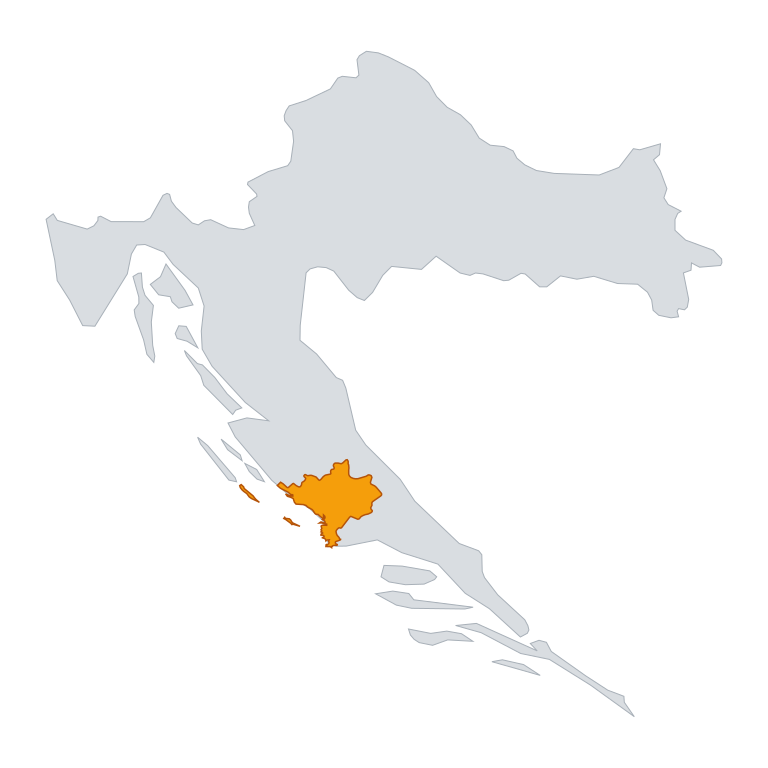 Šibensko-Kninska highlighted on a map of Croatia
{"feature_id": "HRV-1491", "entity_name": "Šibensko-Kninska", "entity_type": "County", "adm_level": 1, "iso_a3": "HRV", "parent_name": "Croatia", "parent_adm1": "", "projection": "orthographic", "projection_center": [15.941, 43.766], "detail": "fine", "context": "in_parent", "style": "filled", "palette": "amber", "viewbox_px": 768, "rotation_deg": 0, "n_neighbors": 0, "source": "natural_earth", "source_scale": "10m", "svg_char_len": 7286}
<svg xmlns="http://www.w3.org/2000/svg" viewBox="0 0 768 768"><path d="M53.2,213.8L57.3,220.4L87.2,229.1L93.9,225.8L97.9,220.5L98.0,217.1L100.6,216.2L111.1,221.6L143.7,221.7L150.4,217.8L163.0,195.3L167.0,193.4L169.6,194.4L171.4,201.2L176.0,207.5L192.2,223.0L198.3,224.9L204.5,220.8L210.7,219.7L228.5,227.9L243.6,229.6L254.8,225.5L249.3,213.3L248.5,207.1L249.3,201.7L257.0,196.4L256.6,194.0L247.5,184.5L248.0,182.1L268.2,171.6L287.7,165.7L290.8,161.2L293.6,141.3L292.5,130.7L284.7,120.8L284.2,115.8L286.1,110.6L289.2,105.9L306.0,100.5L330.4,88.9L337.8,78.1L342.3,76.3L356.0,77.8L358.9,75.1L357.0,59.7L359.4,55.7L366.4,51.3L378.4,52.9L388.4,56.9L414.6,70.3L428.7,82.7L436.6,96.6L447.2,107.3L460.5,114.8L471.2,125.0L479.2,138.1L490.2,145.2L504.1,146.6L513.1,150.9L516.9,158.2L524.7,164.8L536.3,170.5L554.2,173.4L599.2,175.0L619.0,167.4L633.4,148.7L639.8,149.8L660.5,143.8L659.5,154.7L653.5,159.8L660.2,170.7L666.9,188.7L663.9,197.8L668.2,204.6L681.1,211.2L677.7,213.4L675.0,219.4L675.0,230.3L685.6,240.1L713.3,250.3L721.6,259.0L721.9,262.8L720.6,265.5L699.6,267.2L691.5,262.9L691.0,270.2L683.4,272.9L688.7,299.4L687.3,307.1L684.5,309.8L678.6,308.6L677.1,311.2L678.6,316.8L671.0,317.8L658.8,315.3L653.1,310.3L651.7,300.1L647.5,292.2L637.6,284.2L617.5,283.5L593.8,276.3L576.9,279.2L560.5,275.9L546.8,286.8L539.6,286.8L525.2,274.0L521.0,273.3L508.8,280.2L503.7,280.7L483.0,273.9L475.5,273.0L470.0,275.4L460.1,273.0L436.1,256.2L421.5,269.4L391.6,266.4L382.7,275.4L372.6,292.4L364.4,300.5L357.2,297.6L348.7,290.2L333.8,271.1L326.2,267.6L317.6,266.8L310.1,268.9L306.1,272.8L300.2,325.5L300.0,340.3L316.6,354.0L336.3,377.6L342.6,380.3L345.8,388.0L355.7,430.2L365.8,445.0L400.2,479.3L414.8,501.2L459.2,543.5L478.7,550.8L481.8,554.7L482.2,571.4L484.5,577.6L497.7,594.8L524.8,619.8L527.9,625.7L528.9,630.0L527.3,633.3L520.4,637.0L489.4,608.7L465.2,593.3L437.9,564.1L401.9,552.7L377.3,539.9L346.2,546.1L336.1,546.2L329.0,543.9L323.9,535.9L323.8,521.5L309.5,508.6L290.0,496.2L271.7,480.2L235.2,436.9L228.0,423.0L246.9,417.9L268.7,420.8L245.3,402.5L212.1,366.3L202.2,349.2L201.3,331.0L204.1,306.0L198.3,288.0L173.1,264.4L163.9,252.1L145.1,244.5L136.7,245.0L131.4,254.0L127.3,273.9L94.9,326.2L82.7,325.6L69.7,300.1L57.2,280.6L54.8,260.4L46.1,219.3L53.2,213.8ZM623.9,696.3L624.3,702.3L634.3,716.7L590.5,685.1L549.4,659.4L520.7,653.5L481.2,632.7L455.6,625.5L476.4,623.4L537.2,650.9L530.3,643.5L539.0,640.3L546.4,642.3L551.3,651.5L585.8,675.9L607.8,690.2L623.9,696.3ZM154.8,356.1L153.8,362.4L146.9,354.3L143.6,339.8L135.2,316.5L134.2,309.9L138.9,303.5L138.8,297.0L133.0,276.5L138.3,273.3L141.4,273.0L142.4,287.1L145.0,295.3L153.4,305.4L151.3,321.9L152.7,345.4L154.8,356.1ZM193.0,304.9L178.7,308.2L172.0,301.8L170.3,296.7L158.7,294.8L150.3,284.4L160.5,276.7L166.0,264.0L185.0,290.3L193.0,304.9ZM424.1,584.1L405.4,584.7L389.0,581.9L381.0,576.8L384.0,565.4L402.1,566.1L429.8,570.9L436.7,576.8L434.6,579.5L424.1,584.1ZM473.1,607.2L464.8,609.0L411.7,608.3L396.3,605.1L375.6,593.8L392.8,591.1L408.8,593.5L413.8,599.8L473.1,607.2ZM235.7,410.2L232.7,414.5L203.8,385.3L200.7,375.6L186.5,355.8L184.4,350.5L197.4,363.6L202.4,364.9L214.8,377.5L227.1,393.8L241.8,407.9L235.7,410.2ZM408.5,629.0L430.7,633.4L446.8,631.1L461.5,633.7L472.9,641.3L447.7,639.9L432.6,645.3L419.2,642.6L414.1,639.3L410.4,635.0L408.5,629.0ZM235.2,477.7L236.6,481.8L228.9,480.1L200.6,444.1L197.6,437.2L207.7,445.6L235.2,477.7ZM186.2,326.4L197.8,347.8L187.0,341.2L177.2,338.5L175.2,333.6L178.8,325.8L186.2,326.4ZM523.6,664.6L540.2,675.4L491.9,661.7L502.4,659.8L523.6,664.6ZM256.7,469.5L264.4,481.7L257.0,479.1L249.3,471.6L244.8,463.4L256.7,469.5ZM240.3,454.9L242.1,460.7L227.6,449.7L221.1,439.1L240.3,454.9Z" fill="#d9dde1" stroke="#a8b0b8" stroke-width="1"/><path d="M332.2,546.5L331.6,546.5L331.6,547.6L330.2,546.6L327.5,546.6L326.7,545.4L326.6,545.7L326.6,546.1L326.5,546.5L325.9,546.5L326.1,544.7L326.7,544.4L327.7,544.4L328.7,543.7L329.1,542.7L328.8,541.9L328.6,541.0L329.2,539.8L327.2,540.0L326.5,540.3L325.9,540.9L325.5,539.3L324.5,538.5L321.8,537.6L323.8,537.3L324.1,536.2L323.0,535.2L321.0,535.2L321.0,534.2L321.5,533.9L322.1,533.4L322.6,533.0L321.5,532.1L321.0,531.9L321.8,530.9L321.0,529.8L321.8,528.5L321.1,526.1L322.3,525.2L326.7,525.3L326.7,524.1L321.4,522.9L319.4,523.0L320.8,522.0L322.0,522.1L323.0,522.7L323.9,523.0L325.1,522.5L324.9,521.4L323.9,520.3L322.6,519.6L324.3,519.0L325.0,517.8L324.8,516.3L323.5,515.0L323.5,518.1L322.5,518.3L319.6,515.9L318.0,514.4L317.2,514.4L316.1,514.2L315.4,513.9L314.7,513.1L313.0,510.5L312.2,509.6L307.5,506.9L306.1,505.5L303.6,504.6L296.0,504.1L294.4,502.2L293.2,498.5L290.4,497.2L287.4,496.3L285.6,493.9L289.1,495.5L290.9,495.9L292.8,496.1L292.8,494.9L292.1,494.6L291.6,494.6L291.4,494.8L291.2,494.9L288.1,492.2L280.5,488.3L277.3,485.5L280.6,482.2L283.2,483.9L286.9,487.3L287.4,487.6L288.1,487.6L288.7,487.2L292.7,483.7L293.2,483.5L293.6,483.5L296.2,485.6L298.5,486.8L299.2,486.9L300.0,486.8L300.8,486.0L301.3,485.2L301.6,484.3L301.7,483.4L301.8,482.9L302.1,482.4L302.7,482.0L303.7,481.4L304.4,480.8L305.1,480.0L305.4,479.3L305.7,478.7L305.6,478.3L305.5,478.0L304.1,476.6L303.9,476.1L303.9,475.7L304.6,474.8L305.0,474.6L305.5,474.6L307.1,475.5L307.8,475.7L310.2,475.3L311.7,475.4L315.8,476.9L316.3,477.2L318.6,479.8L319.0,480.1L319.3,480.3L319.6,480.2L320.1,480.0L320.9,479.4L323.2,476.7L324.1,476.0L325.1,475.3L325.9,475.0L330.3,474.1L330.8,473.7L330.8,473.1L330.6,471.9L330.6,471.3L330.7,470.8L330.9,470.3L331.3,469.8L331.6,469.5L332.0,469.4L333.2,469.2L333.7,469.0L333.9,468.8L334.1,468.4L334.2,467.8L334.0,467.3L333.6,466.4L333.4,465.9L333.4,465.6L333.4,465.4L333.4,465.1L333.6,464.7L334.1,463.8L334.5,463.4L335.3,463.1L338.2,463.1L340.5,463.6L341.0,463.7L341.5,463.6L342.1,463.3L342.9,462.8L346.0,459.9L347.2,459.7L348.1,461.1L348.2,461.8L348.2,462.5L348.1,462.9L348.1,463.3L348.2,463.8L348.2,464.0L348.3,464.2L348.4,464.3L348.7,465.0L348.7,465.4L348.9,467.6L348.9,468.3L348.7,469.9L348.7,473.2L348.8,474.5L349.4,475.9L350.7,477.3L353.2,478.4L355.4,478.8L357.9,478.7L366.3,476.2L367.6,475.3L368.1,475.0L368.8,474.9L369.6,475.0L370.7,475.4L371.2,475.7L371.9,477.4L370.4,482.3L370.6,483.2L371.0,484.1L374.3,485.7L375.2,486.3L376.2,487.2L381.0,492.8L381.6,493.8L381.6,494.9L380.8,495.9L372.8,501.5L372.0,502.4L371.8,503.7L371.9,504.5L372.0,505.0L371.9,505.4L370.7,507.8L370.9,508.7L371.2,509.3L371.8,510.0L372.3,510.7L372.1,511.7L371.0,512.7L368.2,514.0L365.0,514.7L362.4,515.8L361.5,516.4L360.6,517.0L359.7,518.3L358.9,519.0L357.7,519.2L351.2,516.5L350.7,516.4L349.6,517.2L341.5,527.8L340.8,528.0L340.2,528.1L339.6,527.8L339.0,527.8L338.3,528.2L336.9,529.6L336.4,530.4L336.0,531.3L336.3,533.1L336.7,534.4L337.3,535.5L339.0,537.4L339.6,538.8L340.0,539.1L340.6,539.3L340.5,539.7L339.9,540.1L337.9,540.9L336.8,541.2L335.8,541.6L335.4,542.1L335.4,543.1L335.8,543.7L336.4,544.1L337.0,544.3L337.3,544.6L337.3,545.0L336.8,545.3L334.2,545.4L332.9,545.7L332.2,546.5L332.2,546.5ZM243.6,486.8L244.2,488.5L253.1,495.9L254.5,497.8L256.0,499.5L259.4,502.4L258.3,501.7L251.4,498.5L249.2,496.9L246.8,493.6L243.6,491.3L242.0,489.8L240.3,487.6L239.7,485.6L241.2,484.6L243.6,486.8ZM292.7,522.9L300.0,526.3L293.0,524.2L291.9,524.6L290.8,523.3L285.7,519.5L283.8,518.5L284.7,517.3L285.2,518.1L285.7,518.4L289.3,518.8L290.7,520.0L291.6,521.6L292.7,522.9Z" fill="#f59e0b" stroke="#b45309" stroke-width="1.5"/></svg>